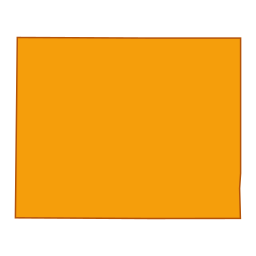 outline of Mitchell, Kansas, United States of America
{"feature_id": "52423323B46685429540919", "entity_name": "Mitchell", "entity_type": "district", "adm_level": 2, "iso_a3": "USA", "parent_name": "United States of America", "parent_adm1": "Kansas", "projection": "albers", "projection_center": [-98.087, 39.393], "detail": "fine", "context": "isolated", "style": "filled", "palette": "amber", "viewbox_px": 256, "rotation_deg": 0, "n_neighbors": 0, "source": "geoboundaries", "source_scale": "gbopen_adm2", "svg_char_len": 246}
<svg xmlns="http://www.w3.org/2000/svg" viewBox="0 0 256 256"><path d="M240.4,218.4L239.6,188.4L240.6,173.2L240.6,38.1L239.3,38.1L149.3,38.1L17.3,37.5L15.4,217.8L150.4,218.5L240.4,218.4Z" fill="#f59e0b" stroke="#b45309" stroke-width="1.5"/></svg>